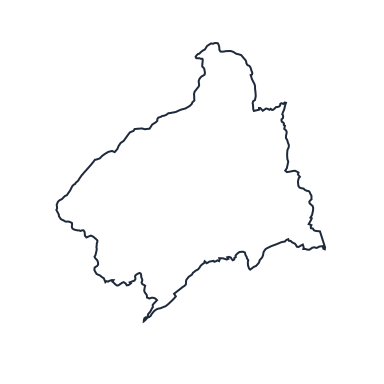 the district of Piracanjuba, Goiás, Brazil, rotated 239°
{"feature_id": "56859067B59858987143707", "entity_name": "Piracanjuba", "entity_type": "district", "adm_level": 2, "iso_a3": "BRA", "parent_name": "Brazil", "parent_adm1": "Goiás", "projection": "natural_earth1", "projection_center": [-49.012, -17.324], "detail": "fine", "context": "isolated", "style": "outline", "palette": "slate", "viewbox_px": 384, "rotation_deg": 239, "n_neighbors": 0, "source": "geoboundaries", "source_scale": "gbopen_adm2", "svg_char_len": 5998}
<svg xmlns="http://www.w3.org/2000/svg" viewBox="0 0 384 384"><g transform="rotate(239 192 192)"><path d="M159.3,71.3L159.6,72.8L158.4,73.9L158.4,75.4L157.8,77.9L156.9,79.3L156.1,77.6L154.9,78.1L153.6,78.4L152.1,78.8L150.4,79.6L149.9,80.9L150.2,85.4L149.9,87.0L147.8,88.0L145.6,88.0L144.9,89.7L145.2,92.5L146.6,92.2L145.7,97.1L146.5,98.6L147.7,99.3L148.9,99.6L149.7,100.6L149.9,103.2L149.6,105.4L148.5,106.0L146.6,105.5L145.4,104.7L142.7,104.3L141.6,103.7L140.4,102.1L138.5,102.0L137.5,102.7L135.8,103.6L134.9,102.6L133.4,101.3L132.0,100.2L130.1,99.8L128.3,100.1L126.8,100.1L124.7,99.1L122.7,100.6L122.1,103.1L121.2,104.4L120.1,105.4L118.8,105.9L117.3,106.3L116.4,103.3L116.1,101.9L115.4,100.1L113.4,99.1L112.9,97.8L111.6,95.8L110.7,94.0L110.3,92.8L109.9,91.5L108.6,90.3L107.3,89.2L106.9,90.8L107.1,92.8L107.9,94.0L108.8,96.3L109.4,98.1L109.7,100.4L109.6,102.0L109.2,103.5L108.6,105.1L108.3,107.1L107.7,110.8L108.0,112.9L108.2,114.3L108.8,117.0L109.1,118.5L110.1,122.2L110.9,124.4L114.0,124.2L115.4,135.5L115.4,137.3L115.9,139.1L117.4,140.2L118.7,141.0L119.8,142.2L120.2,143.5L121.0,145.4L121.2,149.4L122.3,151.2L122.4,152.8L122.7,154.5L122.5,157.2L123.2,159.3L124.3,161.4L124.7,163.2L124.9,165.8L126.1,167.2L125.0,167.6L123.5,167.7L123.3,169.2L123.4,171.0L121.8,175.1L120.7,175.2L120.3,176.8L120.3,178.6L118.8,179.6L119.8,180.9L121.2,181.3L119.2,184.4L117.5,185.9L116.2,187.0L116.0,188.7L117.9,188.6L117.5,190.1L115.9,191.5L114.0,191.5L112.5,191.8L112.4,193.4L113.7,194.4L113.6,195.9L115.1,196.6L115.6,198.0L116.0,200.1L116.1,201.8L115.1,203.9L114.5,205.0L112.8,206.2L111.5,205.7L110.3,205.4L108.1,205.4L106.9,204.9L104.6,205.1L103.3,203.9L102.2,203.2L100.2,202.2L98.8,201.9L97.0,201.5L95.5,201.9L95.7,204.0L96.0,206.5L95.6,208.7L96.7,212.4L97.7,214.0L98.7,214.8L99.3,216.9L99.9,218.6L101.3,220.4L102.5,221.4L103.8,222.6L105.1,225.5L105.2,227.0L104.8,231.7L104.5,233.5L103.7,237.5L103.0,242.5L102.5,244.1L101.7,246.1L102.3,248.1L102.0,250.2L100.3,249.9L99.3,251.3L97.4,251.9L96.3,252.5L94.9,253.5L93.5,253.8L91.1,253.7L90.0,255.0L90.0,258.0L89.9,259.9L88.4,259.6L86.7,259.1L85.8,258.1L84.8,259.8L83.7,260.7L82.2,262.5L82.1,264.4L82.3,266.1L81.8,268.1L79.8,270.1L79.7,272.4L79.4,273.7L78.3,276.1L75.7,275.4L74.5,276.3L75.9,277.5L92.4,281.4L94.0,279.2L95.3,277.6L96.5,276.8L98.4,276.8L99.7,275.3L101.1,275.9L102.1,277.3L104.4,275.5L106.8,279.8L107.8,281.1L109.0,280.3L110.5,283.1L113.8,286.2L115.8,287.6L117.7,288.2L121.7,287.0L123.3,287.6L123.9,289.1L124.2,290.7L127.4,292.5L129.6,292.5L131.3,292.8L132.7,292.5L133.9,291.0L135.7,289.8L137.5,289.4L138.6,288.0L140.5,286.4L142.6,286.4L144.3,287.2L146.4,288.2L148.9,290.6L149.4,292.3L151.1,292.0L152.6,291.9L153.8,293.3L155.3,292.5L157.2,291.2L158.2,288.9L158.9,286.7L160.2,283.6L162.3,282.9L163.6,285.6L168.4,290.1L171.1,290.7L174.6,292.5L176.6,293.8L178.8,295.4L180.5,297.9L182.3,299.2L185.2,299.7L186.8,300.2L188.2,300.4L189.9,300.3L192.2,301.9L193.6,303.3L194.7,304.1L196.5,304.3L198.7,303.6L200.9,305.8L202.2,305.2L203.2,306.0L204.5,306.1L205.4,305.3L207.0,305.4L208.2,306.2L208.4,307.8L209.5,308.8L210.6,309.4L212.1,309.4L213.5,311.0L215.1,313.3L217.7,315.9L218.9,317.0L220.0,318.5L221.0,317.5L220.5,315.6L222.1,314.3L222.0,313.0L220.7,312.0L220.4,310.4L220.9,308.9L221.5,307.8L220.7,304.4L221.0,302.9L222.8,302.3L222.6,300.7L224.5,299.5L225.4,298.5L225.2,294.5L228.7,293.8L229.5,292.7L228.0,291.9L229.6,286.8L231.3,287.1L235.2,289.1L237.0,289.8L238.3,291.2L238.4,293.3L241.2,295.9L242.8,296.8L244.9,297.8L246.0,298.4L247.2,298.8L248.7,299.6L250.0,300.4L252.0,301.1L257.8,301.5L259.4,301.9L262.0,302.5L261.8,304.0L263.2,305.1L266.0,305.6L267.3,306.0L269.0,306.3L270.6,306.1L272.2,304.9L274.3,304.9L275.9,305.6L277.6,305.8L279.3,305.4L284.0,304.7L285.9,303.0L287.7,301.1L289.2,300.4L291.2,299.3L292.9,297.8L294.8,294.5L295.4,293.3L296.0,291.6L296.9,289.9L297.8,288.7L299.8,288.7L301.2,289.5L302.5,290.1L304.1,290.6L306.3,290.7L307.1,289.6L308.1,287.9L308.2,286.4L309.5,284.9L309.5,282.6L309.4,280.1L307.5,276.4L307.7,274.7L307.4,271.8L306.8,269.6L307.2,268.0L306.8,266.4L306.0,264.7L304.5,264.6L303.8,265.6L302.8,267.3L301.6,268.2L300.8,269.5L299.6,269.2L295.3,266.0L294.0,265.4L292.6,265.9L291.3,265.9L289.8,265.4L287.3,264.4L286.0,263.0L286.1,259.6L285.6,257.8L285.1,256.7L284.0,255.2L283.0,254.5L280.6,253.5L279.6,252.9L278.8,251.7L278.3,250.3L276.7,246.0L274.9,244.1L273.7,243.6L269.2,241.1L268.7,238.6L267.6,237.1L267.0,234.8L266.9,233.0L267.0,229.3L268.3,224.8L268.7,222.0L268.9,219.6L269.3,218.2L270.2,216.0L270.7,214.4L271.7,212.3L271.4,209.9L271.7,207.5L272.5,205.7L272.5,203.9L273.1,201.3L272.3,199.8L270.9,198.9L270.4,197.0L270.3,192.6L268.1,188.2L269.1,186.2L270.1,183.9L272.2,181.9L273.9,178.6L275.5,175.2L274.5,173.3L275.1,169.5L273.8,166.2L271.0,159.8L270.8,156.1L269.2,152.7L267.4,150.4L266.0,146.3L268.4,144.5L269.5,140.9L269.5,136.8L269.2,133.5L268.3,130.2L268.8,128.0L269.1,126.7L269.6,125.4L268.6,122.9L267.4,119.6L264.6,110.7L264.1,109.0L263.5,107.5L263.2,106.2L261.2,101.8L260.3,100.2L259.8,97.1L259.1,96.1L259.2,94.5L258.7,92.5L258.0,91.3L256.2,88.5L255.6,87.3L255.0,85.8L254.2,84.2L253.7,82.9L254.0,81.0L253.5,78.9L252.9,76.9L253.1,74.5L253.0,73.2L252.5,71.7L251.7,70.8L250.8,69.5L247.5,68.0L246.5,66.5L242.5,66.3L241.3,66.2L239.8,65.5L238.4,65.5L236.5,65.6L235.1,66.3L233.9,67.2L232.6,67.8L231.4,68.8L230.4,70.8L228.7,72.3L227.3,73.1L225.9,72.5L224.3,71.2L222.8,70.7L221.5,71.0L220.3,71.8L219.0,73.1L217.9,74.3L217.2,75.5L216.1,76.3L215.8,77.9L215.0,79.3L213.4,79.4L212.2,79.0L211.1,78.4L209.6,77.7L207.4,78.1L207.2,79.9L206.7,82.9L204.6,84.3L200.4,85.7L199.1,85.9L197.8,85.0L197.1,84.0L195.7,83.1L194.0,81.7L192.4,81.1L191.2,80.2L190.0,79.1L187.6,76.7L186.7,75.1L184.7,75.0L183.1,75.5L181.3,75.5L179.6,75.0L178.1,74.1L177.4,72.5L177.5,71.0L177.3,69.6L175.6,68.2L173.8,68.0L172.1,68.0L171.0,68.0L169.6,68.8L168.1,70.0L165.2,71.1L163.4,72.0L161.9,71.7L160.8,71.6L159.3,71.3ZM106.0,84.1L106.2,85.8L106.7,87.3L107.3,89.2L108.4,88.0L108.3,86.2L107.1,84.9L106.0,84.1Z" fill="none" stroke="#1e293b" stroke-width="2"/></g></svg>